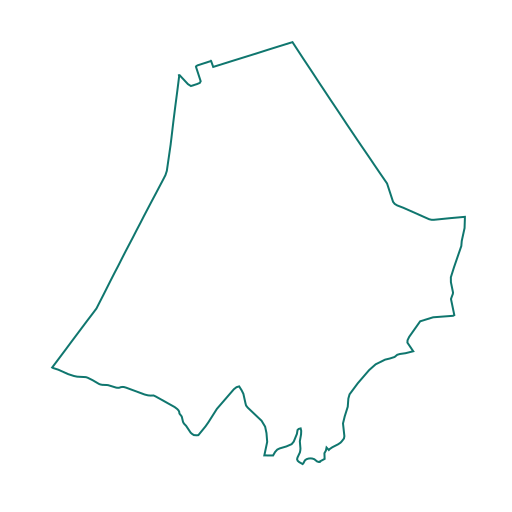 outline of Al-Anbar, rotated 86°
{"feature_id": "IRQ-3471", "entity_name": "Al-Anbar", "entity_type": "Province", "adm_level": 1, "iso_a3": "IRQ", "parent_name": "Iraq", "parent_adm1": "", "projection": "albers", "projection_center": [42.195, 32.855], "detail": "fine", "context": "isolated", "style": "outline", "palette": "teal", "viewbox_px": 512, "rotation_deg": 86, "n_neighbors": 0, "source": "natural_earth", "source_scale": "10m", "svg_char_len": 2885}
<svg xmlns="http://www.w3.org/2000/svg" viewBox="0 0 512 512"><g transform="rotate(86 256 256)"><path d="M138.4,333.3L132.2,332.1L116.9,329.2L101.7,326.2L86.4,323.1L71.2,320.1L70.9,320.1L70.7,320.2L70.5,320.3L70.3,320.3L70.3,319.6L79.8,311.9L81.9,309.1L80.4,302.9L79.4,300.0L77.8,299.0L63.0,302.7L62.3,302.2L61.7,300.8L58.4,287.5L58.3,287.4L58.2,287.3L58.3,287.2L64.4,285.5L59.8,266.2L56.6,252.6L53.5,239.5L51.1,229.7L48.3,217.9L45.2,204.7L53.8,199.9L62.4,195.1L71.0,190.2L79.5,185.4L88.1,180.6L96.7,175.7L105.2,170.9L113.7,166.0L122.3,161.1L130.8,156.3L139.3,151.4L147.8,146.5L153.3,143.3L156.2,141.6L164.7,136.6L173.2,131.7L181.6,126.8L192.8,120.2L211.5,115.5L213.7,114.0L215.4,111.6L218.2,105.6L231.4,80.7L232.1,78.4L232.3,76.0L231.8,60.0L231.5,44.9L233.1,45.0L242.7,46.0L255.3,49.7L260.4,50.5L280.9,59.2L290.8,63.1L295.7,63.4L306.2,62.0L307.6,62.3L310.2,63.5L312.5,64.5L328.8,62.3L329.4,63.6L329.5,83.6L332.6,96.8L347.3,108.8L350.6,110.7L353.0,111.0L362.0,105.8L363.4,113.6L363.8,119.3L364.4,122.0L366.4,124.8L367.6,129.7L368.4,134.5L372.4,144.2L377.7,151.1L390.0,163.3L400.5,172.3L404.6,173.8L412.8,175.0L422.2,178.7L429.1,180.9L441.9,180.4L444.2,181.0L446.9,183.4L448.1,184.7L449.6,187.3L452.1,193.2L453.8,196.1L454.6,196.9L452.0,199.0L454.9,199.8L457.5,201.5L463.2,201.7L465.5,206.8L465.8,206.7L465.9,207.1L465.9,207.6L465.2,209.4L462.8,212.0L462.0,213.9L461.7,215.6L461.7,217.5L462.1,219.4L462.9,221.0L463.8,221.8L465.9,223.1L466.8,224.0L464.6,227.3L463.2,228.7L461.6,229.2L460.0,228.7L455.0,225.9L453.1,225.4L451.2,225.1L443.9,225.2L437.1,223.5L433.6,223.1L431.1,223.5L431.5,225.5L432.5,226.7L436.3,227.6L443.8,231.3L446.2,233.6L448.1,239.0L449.6,245.8L450.6,248.3L452.8,250.6L456.2,252.9L455.5,261.6L442.2,257.8L433.4,257.9L426.9,258.8L420.8,261.9L406.6,274.9L404.5,276.3L403.7,276.5L402.0,276.8L392.6,278.2L389.0,279.7L384.9,281.9L385.5,284.6L387.4,287.4L405.8,305.7L418.7,315.2L422.5,318.3L430.7,326.0L430.7,327.8L430.3,330.5L429.0,332.2L427.7,333.5L420.5,337.6L418.5,339.3L417.5,339.9L416.3,340.4L411.3,341.2L410.4,341.6L408.1,343.2L407.5,343.4L405.9,343.5L404.6,344.1L403.2,345.2L401.0,347.7L389.1,365.9L388.0,367.9L387.9,370.8L387.5,373.4L386.4,376.8L378.3,394.7L377.5,396.9L377.3,398.5L377.4,399.7L377.5,400.5L377.8,401.1L377.9,402.5L377.6,404.5L374.5,412.6L374.3,413.8L373.8,418.3L373.3,420.2L372.7,421.5L368.4,427.8L365.7,432.4L365.1,433.8L364.9,434.7L363.9,442.8L363.0,446.0L360.7,451.7L355.6,461.2L353.6,466.2L353.0,467.1L351.5,465.8L344.0,459.3L336.5,452.8L329.0,446.4L322.3,440.6L315.7,434.9L309.0,429.1L302.4,423.3L297.2,418.8L290.2,414.6L283.4,410.5L276.5,406.4L269.6,402.3L262.8,398.2L256.0,394.0L249.1,389.9L242.3,385.8L235.5,381.6L228.7,377.4L221.9,373.3L215.1,369.1L208.3,365.0L201.5,360.8L194.7,356.6L188.0,352.4L181.2,348.2L173.3,343.3L169.0,340.7L164.8,339.0L138.5,333.3L138.4,333.3L138.4,333.3Z" fill="none" stroke="#0f766e" stroke-width="2"/></g></svg>